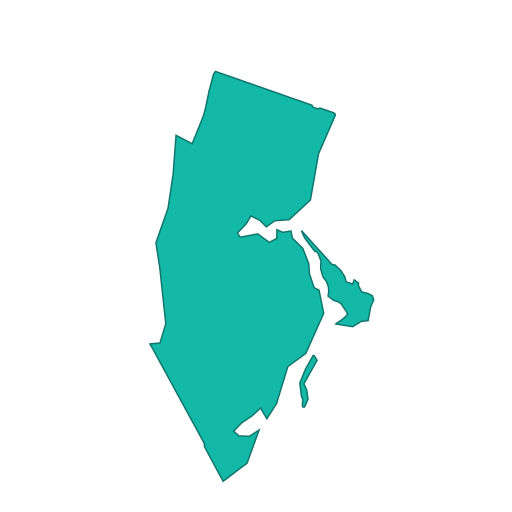 outline of Juneau, Alaska, United States of America, rotated 241°
{"feature_id": "52423323B73641468228234", "entity_name": "Juneau", "entity_type": "district", "adm_level": 2, "iso_a3": "USA", "parent_name": "United States of America", "parent_adm1": "Alaska", "projection": "natural_earth1", "projection_center": [-134.408, 58.383], "detail": "fine", "context": "isolated", "style": "filled", "palette": "teal", "viewbox_px": 512, "rotation_deg": 241, "n_neighbors": 0, "source": "geoboundaries", "source_scale": "gbopen_adm2", "svg_char_len": 1670}
<svg xmlns="http://www.w3.org/2000/svg" viewBox="0 0 512 512"><g transform="rotate(241 256 256)"><path d="M74.9,118.0L79.2,147.8L102.3,174.3L101.5,162.7L106.9,153.9L113.6,151.5L117.0,162.5L118.1,174.9L120.8,186.3L108.4,186.6L116.9,202.3L143.9,230.3L146.7,252.4L161.7,272.3L173.0,287.4L195.6,294.6L200.0,291.5L214.1,294.0L223.6,298.4L239.9,300.6L254.0,296.5L260.9,298.7L263.7,290.9L268.9,287.1L261.3,282.7L261.5,274.2L274.5,268.2L280.1,251.3L285.0,250.8L288.9,263.0L293.5,270.9L285.4,276.6L276.5,279.2L277.7,289.5L271.7,302.7L278.6,330.7L315.2,360.4L340.8,393.8L341.9,394.0L343.0,393.3L343.4,393.5L354.3,383.8L354.9,381.2L358.7,377.9L360.8,378.0L437.1,310.0L435.8,307.2L422.9,294.8L409.1,282.9L404.3,278.2L385.1,254.6L400.3,244.6L367.5,223.0L340.4,202.2L316.1,174.9L292.3,166.1L240.6,144.3L238.9,142.6L226.4,129.8L230.5,120.8L229.1,120.4L226.8,120.7L117.0,119.9L114.3,118.5L74.9,118.0ZM255.5,308.2L255.4,307.9L248.4,307.3L240.4,308.4L231.9,309.6L230.0,311.2L228.2,311.6L220.1,310.4L214.7,307.0L212.4,306.1L206.5,304.7L203.6,304.6L200.5,305.2L196.7,304.9L193.2,304.1L189.2,302.1L186.0,299.6L179.6,302.3L177.1,304.7L177.0,305.1L172.9,307.3L163.6,308.1L162.4,308.1L160.5,307.5L159.8,306.2L158.6,300.2L158.2,294.9L157.8,292.9L147.3,306.3L147.8,316.5L145.1,322.7L155.7,331.5L160.8,337.8L164.9,338.4L168.9,335.8L173.4,331.0L180.8,331.3L182.6,332.6L187.5,330.3L184.6,326.9L189.8,322.3L194.9,323.6L201.9,323.2L209.9,320.7L211.7,318.4L255.5,308.2ZM101.1,223.8L100.4,225.2L105.5,232.0L114.2,235.4L121.0,235.9L135.1,258.8L140.6,258.6L141.3,257.8L133.1,244.5L123.7,232.8L111.6,227.8L108.0,227.4L102.4,223.9L101.1,223.8Z" fill="#14b8a6" stroke="#0f766e" stroke-width="1.5"/></g></svg>